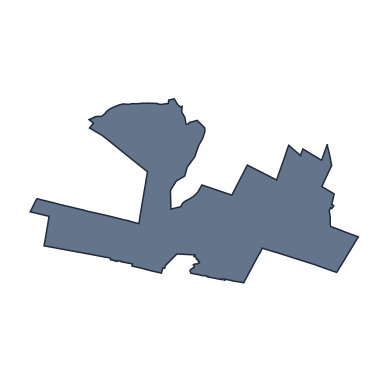 Balta Alba, Buzau, Romania (orthographic projection), rotated 266°
{"feature_id": "2599482B44648536645851", "entity_name": "Balta Alba", "entity_type": "district", "adm_level": 2, "iso_a3": "ROU", "parent_name": "Romania", "parent_adm1": "Buzau", "projection": "orthographic", "projection_center": [27.325, 45.281], "detail": "fine", "context": "isolated", "style": "filled", "palette": "slate", "viewbox_px": 384, "rotation_deg": 266, "n_neighbors": 0, "source": "geoboundaries", "source_scale": "gbopen_adm2", "svg_char_len": 5893}
<svg xmlns="http://www.w3.org/2000/svg" viewBox="0 0 384 384"><g transform="rotate(266 192 192)"><path d="M196.1,37.0L195.4,36.2L191.8,34.1L188.9,32.4L183.5,29.2L180.5,38.8L177.7,47.7L169.1,45.7L166.7,45.1L161.3,43.8L154.6,42.2L154.0,42.0L153.3,41.8L152.6,41.7L148.9,40.7L148.8,40.9L148.6,40.8L147.8,43.8L146.1,50.6L144.3,57.3L142.8,63.3L139.6,75.8L136.7,87.1L135.3,92.3L133.9,97.7L132.6,102.9L131.9,105.5L131.7,106.0L130.1,105.9L129.0,110.2L128.6,110.2L128.3,111.2L128.0,112.4L128.3,112.7L128.5,112.8L128.5,113.2L128.5,113.3L128.4,113.7L127.9,115.9L127.7,116.7L127.3,116.6L126.9,118.1L126.0,121.6L125.6,123.1L124.4,127.5L122.7,127.1L122.3,127.0L121.0,131.4L120.3,133.7L119.4,136.6L118.4,139.4L115.6,147.7L115.1,149.6L113.2,155.8L118.1,157.6L117.8,158.4L117.8,159.0L118.0,159.5L118.3,159.7L119.5,159.9L120.4,160.3L131.2,172.6L129.2,189.4L129.1,190.0L129.0,189.9L128.6,190.6L128.2,190.5L128.0,189.7L127.5,189.5L127.3,190.3L126.6,191.4L126.1,191.6L125.0,191.6L123.8,192.8L124.0,192.9L122.9,193.7L122.4,193.5L122.2,193.6L121.5,194.7L121.1,194.6L120.7,194.2L120.5,193.3L119.8,191.3L120.0,190.2L119.9,189.5L119.2,188.2L118.6,188.7L117.1,189.2L116.6,188.8L116.6,188.3L115.4,186.4L114.6,184.9L114.0,184.7L113.6,184.8L112.7,184.5L112.2,184.9L111.0,185.3L108.7,194.0L108.4,194.6L108.3,195.0L108.1,195.6L107.9,196.3L107.8,196.6L107.7,197.0L107.7,198.5L107.5,199.3L107.2,200.4L106.9,201.5L106.4,201.3L106.2,201.7L105.3,205.2L104.5,208.2L103.7,210.9L103.0,213.6L102.6,215.1L102.5,215.5L103.3,215.7L103.1,216.4L102.9,218.2L101.7,217.9L101.6,218.4L102.7,218.7L101.9,221.7L101.6,222.8L101.0,225.0L100.6,226.1L100.3,226.9L100.2,227.2L99.8,228.9L99.8,229.1L99.7,229.8L99.1,232.1L98.8,233.6L97.8,237.3L98.5,237.7L99.7,238.3L100.2,238.7L102.7,240.3L106.4,242.6L108.6,244.0L110.2,245.0L114.8,247.9L123.2,253.2L125.8,254.9L126.2,255.2L126.3,255.5L128.0,256.5L129.2,257.2L129.4,257.4L129.6,257.4L131.1,258.1L130.7,259.1L130.0,260.8L129.8,261.3L129.7,261.6L127.5,267.4L126.6,269.6L126.0,271.3L125.7,272.3L124.5,275.3L120.5,285.3L116.3,295.8L115.3,298.4L110.8,309.9L109.0,313.7L106.0,320.7L103.5,326.4L101.7,330.7L104.1,332.5L104.9,333.0L109.6,336.4L114.4,339.8L116.8,341.4L122.3,345.4L122.5,345.5L130.7,351.3L135.6,354.8L142.1,340.5L143.0,338.8L145.3,333.9L145.4,333.6L147.9,327.9L150.4,327.6L152.9,327.8L153.1,327.9L157.7,328.1L164.0,327.6L166.7,329.4L165.8,330.2L166.6,331.1L167.9,332.3L168.6,332.4L169.7,330.5L180.2,333.7L186.0,325.3L188.3,321.9L198.0,327.2L202.5,329.7L208.7,333.2L218.4,332.0L223.7,331.2L226.6,330.6L227.6,330.4L229.6,330.4L229.7,330.1L217.5,324.8L216.7,324.5L214.6,323.5L217.1,320.0L221.2,314.1L223.3,311.2L224.8,309.0L227.2,305.6L221.7,303.1L221.0,302.8L220.9,302.8L225.6,298.0L230.4,293.2L231.9,291.9L231.2,291.4L230.5,291.1L228.0,290.0L223.7,288.2L223.4,288.2L205.5,280.4L198.1,277.2L211.4,255.1L215.0,249.1L186.1,231.5L198.2,202.7L198.3,202.3L197.7,201.9L194.7,199.9L191.9,198.1L189.8,196.0L187.2,192.7L186.7,191.6L185.3,189.1L183.4,184.7L182.4,183.0L180.7,181.3L178.1,179.7L176.7,171.4L176.4,169.8L195.1,170.6L204.1,177.2L208.5,185.9L217.2,189.0L226.9,197.2L238.3,202.1L244.5,206.3L251.5,209.1L255.0,209.2L262.6,202.6L263.1,202.2L261.6,194.9L261.3,194.6L261.6,194.4L259.9,192.6L260.1,190.8L260.8,190.7L267.1,190.0L272.5,187.3L276.8,187.9L278.1,188.1L277.4,186.8L279.8,184.0L286.2,180.8L285.3,175.1L284.6,175.0L284.4,175.0L281.9,174.5L281.9,174.4L281.8,171.5L281.5,167.8L281.6,167.2L281.7,166.4L281.7,165.9L281.7,165.7L282.0,165.1L282.1,164.9L282.4,164.3L282.5,163.6L282.7,163.2L282.9,162.6L282.9,162.4L283.0,162.2L283.0,160.8L283.1,160.4L283.1,160.0L283.3,159.3L283.3,159.1L283.3,158.6L283.3,158.4L283.3,157.5L283.4,156.9L283.7,155.7L283.7,155.4L283.7,155.1L283.7,154.8L283.6,154.4L283.6,154.0L283.6,153.5L283.6,153.0L283.7,152.8L283.8,152.7L283.8,152.3L283.8,151.8L283.8,151.2L283.9,150.1L284.0,149.0L284.0,148.2L284.0,147.8L284.0,147.4L284.0,146.8L284.0,146.4L283.9,146.0L283.9,145.0L283.9,144.4L283.9,143.3L284.0,142.6L284.0,142.4L284.0,141.9L284.0,141.7L284.1,140.8L284.2,140.1L284.2,139.4L284.3,139.0L284.3,138.1L284.2,137.8L284.2,137.2L284.0,136.6L283.9,136.2L283.9,135.6L283.9,135.1L283.9,134.9L284.0,134.2L284.1,133.4L284.1,133.1L284.2,132.8L284.2,132.3L284.3,131.7L284.4,131.2L284.4,130.8L284.5,130.2L284.7,129.6L284.6,129.3L284.6,128.7L284.5,128.4L284.3,127.6L284.2,127.0L284.1,126.3L284.0,125.7L283.9,125.4L283.8,125.1L283.6,124.2L283.5,123.9L283.4,123.6L283.2,123.1L282.9,122.0L282.5,121.1L282.1,120.1L281.9,119.6L281.8,119.1L281.8,118.7L281.7,118.4L281.5,117.9L281.2,117.3L281.0,117.0L280.8,116.5L280.3,115.6L280.0,114.9L279.7,114.5L279.4,113.9L279.1,113.7L278.9,113.3L278.6,112.8L278.2,112.3L277.7,111.9L277.2,111.6L276.8,111.0L276.6,110.9L276.0,110.3L275.6,109.7L275.0,108.9L274.3,107.8L274.0,107.3L273.8,106.8L273.7,106.5L273.7,106.0L273.7,105.8L273.8,105.4L273.9,105.0L274.0,104.7L274.0,104.1L274.0,103.2L274.0,102.5L274.0,102.2L273.9,101.4L273.9,101.2L273.8,100.6L273.6,100.2L273.4,99.6L273.3,99.4L273.2,99.3L273.0,99.1L272.7,98.7L272.8,98.5L272.9,98.4L272.8,98.2L272.7,97.9L272.4,97.3L272.0,96.4L272.0,96.2L271.9,96.0L272.0,95.8L272.0,95.6L271.9,95.3L271.8,95.0L271.6,94.6L271.4,94.3L267.6,98.5L263.0,94.2L254.6,106.5L253.4,107.8L247.0,114.8L235.1,127.5L215.3,149.0L214.2,148.7L212.3,148.3L209.0,147.5L207.8,147.2L207.0,147.0L204.8,146.5L202.9,146.1L199.5,145.2L196.6,144.5L193.3,143.7L191.5,143.3L189.5,142.8L187.8,142.4L185.3,141.8L183.2,141.3L180.8,140.7L179.2,140.3L177.4,139.9L175.0,139.3L171.2,138.4L170.4,138.3L164.1,136.8L165.0,134.4L166.0,131.2L166.6,129.5L167.7,126.7L168.2,125.1L168.7,123.2L169.4,120.9L171.3,115.3L173.1,109.7L174.3,106.0L174.5,105.2L174.7,104.6L175.3,102.6L177.2,96.4L179.4,88.8L179.7,87.7L180.5,85.4L181.2,83.4L181.5,82.9L182.5,79.4L184.6,72.8L185.5,69.7L186.2,67.6L186.5,66.5L187.0,64.8L187.9,62.3L188.2,61.0L189.8,56.3L190.8,53.5L194.9,40.6L195.4,39.2L195.8,38.0L196.1,37.0Z" fill="#64748b" stroke="#1e293b" stroke-width="1.5"/></g></svg>